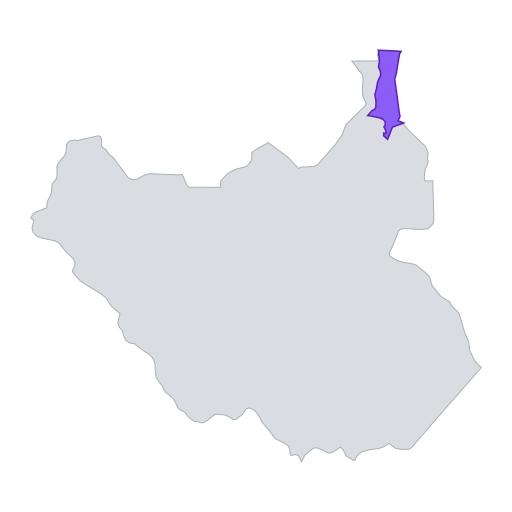 Renk, Upper Nile, South Sudan shown in context
{"feature_id": "79223893B54015778886033", "entity_name": "Renk", "entity_type": "district", "adm_level": 2, "iso_a3": "SSD", "parent_name": "South Sudan", "parent_adm1": "Upper Nile", "projection": "natural_earth1", "projection_center": [32.947, 11.291], "detail": "fine", "context": "in_parent", "style": "filled", "palette": "violet", "viewbox_px": 512, "rotation_deg": 0, "n_neighbors": 0, "source": "geoboundaries", "source_scale": "gbopen_adm2", "svg_char_len": 4669}
<svg xmlns="http://www.w3.org/2000/svg" viewBox="0 0 512 512"><path d="M428.9,427.5L412.3,446.7L411.1,447.8L409.1,449.3L402.4,449.4L395.5,448.4L389.1,443.4L382.7,447.3L378.6,448.5L376.1,448.9L370.3,449.6L362.3,451.6L358.6,454.2L356.6,456.3L355.0,460.0L354.1,460.4L352.7,459.9L350.6,458.4L346.3,456.3L344.1,451.5L342.1,448.6L340.4,447.1L333.5,451.8L330.2,453.0L327.5,452.8L322.5,450.1L317.0,447.9L314.2,447.9L310.0,450.7L305.1,455.0L302.6,459.2L301.4,461.8L299.8,457.9L298.1,455.5L295.8,454.5L291.2,455.5L290.1,454.1L289.9,450.8L289.2,447.8L288.0,445.5L284.5,443.3L275.3,438.7L268.3,429.5L264.7,425.2L262.2,422.4L258.5,415.2L254.3,410.2L249.2,407.9L245.9,409.0L242.5,414.4L236.0,419.4L233.0,419.6L229.2,416.8L224.4,414.9L215.7,414.1L212.2,416.4L207.5,420.3L203.6,422.6L201.1,422.8L198.8,421.9L196.3,421.4L194.0,421.3L189.4,417.8L187.0,415.3L185.4,412.8L182.8,411.1L179.8,409.7L177.6,407.5L176.6,404.7L174.9,401.2L172.6,398.0L165.6,392.3L163.5,388.9L162.1,385.7L159.2,382.0L156.1,377.2L155.2,370.1L155.0,364.3L154.4,361.7L153.1,359.0L151.6,356.8L149.2,354.3L143.4,350.6L137.5,346.3L134.7,343.8L129.3,342.9L126.1,340.5L123.4,335.2L122.3,330.9L119.6,327.5L118.5,325.1L117.8,322.3L120.0,313.9L116.9,310.9L112.2,307.0L108.9,302.7L106.9,298.8L100.9,293.7L87.9,286.0L80.4,281.0L76.3,276.6L72.7,272.3L72.3,270.5L74.7,266.2L75.0,262.6L73.2,258.7L65.4,251.3L59.2,243.2L54.5,240.7L43.1,238.4L39.8,237.5L36.4,236.0L33.1,232.3L32.0,228.0L33.7,221.1L32.6,218.9L30.7,218.4L31.3,216.9L33.4,213.5L37.0,211.4L46.4,207.9L46.9,206.6L47.1,202.3L47.9,200.2L51.1,194.2L51.6,191.8L51.8,186.7L52.2,184.3L53.2,182.6L55.8,179.6L56.7,177.8L57.1,173.9L56.9,166.2L58.2,163.1L64.2,156.1L65.8,152.9L66.3,150.1L66.3,147.3L66.6,144.5L68.4,141.7L69.9,140.9L74.3,140.0L77.3,140.6L98.0,135.8L100.4,136.4L101.5,139.3L101.4,143.8L101.7,146.0L102.8,147.6L106.1,149.7L108.4,153.3L109.6,154.7L112.9,157.2L128.3,177.9L132.6,179.8L136.8,179.1L145.2,174.8L149.4,173.7L178.8,174.9L182.1,174.3L182.3,174.4L186.7,184.8L188.8,187.2L221.0,187.3L220.4,184.3L220.8,181.0L226.5,174.7L227.3,173.9L232.3,170.9L237.2,168.8L246.5,166.4L249.9,162.7L251.8,159.3L251.9,152.5L253.2,151.4L255.4,149.8L266.2,143.8L268.0,142.5L287.1,156.5L297.8,167.7L298.4,168.2L299.0,168.4L299.5,168.0L300.0,167.5L301.3,167.0L305.9,166.9L314.6,166.3L317.4,165.0L334.8,145.1L339.3,138.8L340.4,137.5L342.9,133.0L345.6,125.2L346.1,124.4L365.1,105.8L365.8,104.3L366.0,103.1L363.1,96.8L362.5,93.7L362.4,88.8L363.0,81.1L362.8,76.3L362.5,75.0L362.4,74.8L351.8,61.1L378.6,60.9L378.6,59.2L378.5,58.6L378.0,57.0L377.7,54.8L377.8,53.6L377.9,52.5L377.9,51.9L377.9,51.3L377.9,51.1L378.0,50.9L397.3,51.1L397.0,55.0L394.7,64.1L394.7,69.6L394.2,75.8L393.5,77.7L392.5,79.2L392.2,79.9L392.2,80.6L396.2,115.5L395.9,117.0L394.8,119.2L394.5,119.9L394.5,120.4L394.9,120.8L403.8,124.6L404.2,124.8L404.6,125.1L407.8,129.6L425.3,146.2L425.9,147.0L427.7,152.2L427.9,153.0L428.0,154.2L427.9,155.2L427.5,158.3L427.6,159.7L427.9,160.7L428.2,161.7L428.2,162.1L428.0,162.8L425.4,168.8L424.6,173.1L424.3,176.7L424.5,178.8L424.8,180.1L425.0,180.7L425.3,180.9L432.9,180.9L432.8,182.8L433.8,214.3L433.8,217.8L433.6,222.3L432.7,224.0L430.5,226.5L427.8,228.8L421.0,229.4L415.3,229.3L411.3,228.8L405.8,228.6L400.6,229.1L398.7,231.0L391.9,247.8L389.7,252.0L389.2,254.4L389.8,255.9L392.5,258.0L398.4,260.9L405.1,262.7L410.1,263.4L413.6,264.2L416.2,265.2L425.8,272.8L428.9,276.3L430.6,279.4L431.0,282.8L432.4,286.1L441.1,296.6L449.4,301.5L452.6,307.1L455.7,309.8L458.6,312.7L460.2,317.0L463.8,329.6L466.2,336.2L468.7,341.6L469.7,350.4L471.7,354.3L473.7,359.1L477.1,363.5L480.6,366.8L481.3,367.6L445.3,408.6L428.9,427.5Z" fill="#d9dde1" stroke="#a8b0b8" stroke-width="1"/><path d="M387.6,139.3L392.4,127.2L403.8,122.9L403.6,122.8L398.1,120.9L399.0,118.7L400.0,116.5L399.1,111.2L398.7,108.6L397.4,98.4L397.2,96.8L395.6,85.5L395.2,83.1L395.0,81.1L394.7,79.0L396.2,73.7L396.3,73.5L396.4,72.6L396.5,72.6L396.6,71.7L398.2,61.7L398.5,60.0L398.5,59.9L398.8,58.4L399.3,55.6L399.6,54.0L399.6,53.6L399.9,53.2L400.3,52.7L400.6,52.4L400.8,52.2L401.0,51.9L401.2,51.4L399.5,51.3L390.1,50.7L385.1,50.5L378.3,50.2L378.5,50.7L378.8,51.2L378.8,51.7L378.9,52.3L378.9,53.2L378.7,53.5L378.7,54.0L378.6,54.4L378.7,54.9L379.0,55.9L379.1,56.6L379.2,57.3L379.4,58.2L379.2,58.7L379.1,59.1L379.2,59.3L379.3,59.6L379.4,59.9L379.5,60.8L379.4,61.5L379.4,62.2L379.3,62.6L379.1,63.1L378.9,63.5L378.9,63.8L378.5,67.0L380.4,71.5L380.7,75.3L377.7,81.6L376.4,89.0L374.9,94.6L376.0,101.4L375.8,107.2L374.6,109.5L372.2,110.4L367.7,115.6L370.4,115.9L378.9,117.7L383.1,119.4L385.0,121.6L385.3,125.0L383.9,126.8L385.9,130.8L385.7,133.6L383.7,133.1L383.6,135.8L387.6,139.3Z" fill="#8b5cf6" stroke="#5b21b6" stroke-width="1.5"/></svg>